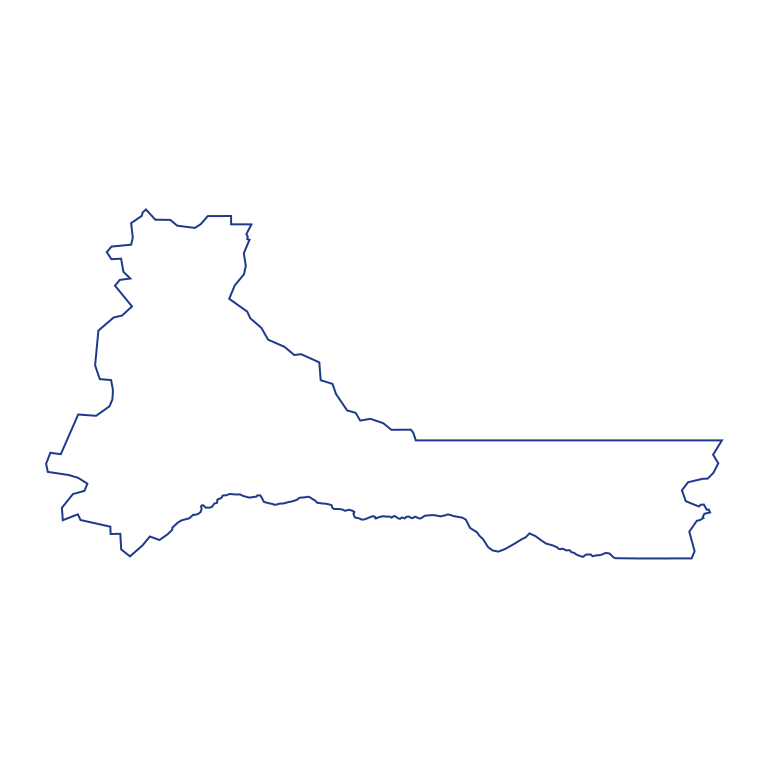 the district of Marion, Oregon, United States of America
{"feature_id": "52423323B47476867607178", "entity_name": "Marion", "entity_type": "district", "adm_level": 2, "iso_a3": "USA", "parent_name": "United States of America", "parent_adm1": "Oregon", "projection": "robinson", "projection_center": [-122.538, 44.984], "detail": "fine", "context": "isolated", "style": "outline", "palette": "blue", "viewbox_px": 768, "rotation_deg": 0, "n_neighbors": 0, "source": "geoboundaries", "source_scale": "gbopen_adm2", "svg_char_len": 3876}
<svg xmlns="http://www.w3.org/2000/svg" viewBox="0 0 768 768"><path d="M98.4,330.6L95.1,365.4L99.8,379.1L111.1,380.1L112.9,389.6L112.8,393.8L112.4,399.4L109.5,406.3L96.1,415.8L78.2,414.5L60.8,454.2L50.3,452.8L46.1,463.8L47.8,471.9L68.6,475.0L78.1,477.8L87.4,483.7L84.4,490.9L73.0,494.0L61.9,507.8L62.8,520.2L77.9,514.3L80.5,520.0L110.4,526.7L110.6,534.0L120.3,533.8L121.2,549.4L130.0,556.4L142.4,545.5L149.9,536.5L159.5,540.0L167.7,534.2L172.2,529.8L172.5,527.5L177.8,522.6L181.4,520.4L189.3,518.3L193.2,514.7L194.2,514.9L195.6,514.7L197.1,514.3L198.6,513.6L200.6,512.0L201.5,509.6L201.5,507.8L201.0,506.4L201.8,505.4L203.3,505.3L204.4,506.4L205.6,507.6L207.0,507.7L208.6,507.7L210.1,507.5L211.8,507.0L213.1,505.3L214.3,503.6L215.2,503.3L216.8,503.0L217.3,501.8L217.2,500.0L218.4,498.9L219.8,498.9L221.9,497.3L222.4,495.9L223.6,495.3L225.9,495.4L227.9,494.6L229.8,494.0L232.4,494.2L234.5,494.4L237.3,494.5L240.1,494.4L243.2,496.0L249.3,497.6L256.5,496.6L257.3,495.4L260.3,495.4L261.6,497.4L263.9,501.9L268.7,503.2L270.6,503.6L272.6,504.0L274.2,504.8L276.9,504.5L279.7,503.6L283.5,503.5L288.4,502.1L292.6,501.3L297.1,499.7L298.5,498.4L300.3,497.6L304.5,497.4L307.8,496.7L310.2,497.4L313.0,499.4L315.0,500.4L317.1,502.7L321.6,503.4L325.6,503.7L328.2,504.2L330.4,504.8L331.7,505.4L332.1,507.3L333.6,508.9L336.3,509.0L339.4,509.0L342.9,509.7L345.0,510.8L346.5,510.4L347.9,510.0L349.6,509.8L352.1,510.7L353.9,511.5L354.4,512.0L354.0,512.8L353.4,513.5L354.0,515.3L354.3,516.4L355.2,517.6L356.5,517.8L359.4,518.5L362.0,519.7L364.7,519.3L367.1,518.4L369.5,517.4L371.4,516.6L373.4,516.2L374.5,516.7L375.4,517.3L375.3,517.8L375.4,518.4L375.9,518.5L377.2,517.9L378.3,517.4L379.8,517.0L381.4,516.5L382.8,516.3L384.2,516.3L386.1,516.6L387.9,516.6L389.2,516.6L390.5,516.8L390.9,517.2L391.5,517.7L392.1,517.4L393.2,516.6L394.3,516.0L395.4,516.4L396.4,517.1L397.6,518.0L398.9,518.6L400.1,518.8L401.1,517.9L402.1,517.5L403.4,517.9L404.6,518.4L405.6,517.9L406.0,517.0L407.3,516.7L408.2,516.6L409.5,516.6L410.2,517.4L411.5,518.1L412.5,518.1L413.7,517.5L414.7,516.7L416.0,517.0L417.7,517.8L419.1,518.4L419.9,518.5L421.2,518.2L422.3,517.4L425.0,515.7L427.0,515.5L429.1,515.3L432.9,515.1L436.0,515.4L438.3,516.0L441.1,516.4L441.9,516.0L444.6,515.5L447.8,514.4L450.4,515.0L453.0,515.9L456.4,516.6L459.8,517.2L462.3,517.6L465.8,519.6L470.1,528.0L476.9,532.2L479.3,535.6L483.2,539.4L488.2,547.3L492.8,550.5L498.3,551.6L505.2,549.0L509.8,546.4L514.2,543.9L521.6,539.3L525.7,537.3L529.5,533.4L535.4,536.1L538.9,538.6L541.0,540.2L546.1,543.6L552.8,545.4L557.2,547.4L558.4,548.7L560.4,549.3L561.4,548.7L563.6,549.0L566.1,550.4L569.7,550.2L571.4,552.2L574.2,552.9L576.3,554.5L579.8,555.9L582.9,556.9L586.3,554.5L590.9,554.5L592.5,556.2L594.8,555.8L596.7,555.2L598.6,555.3L601.5,554.7L605.8,552.9L609.5,553.5L611.6,555.4L613.2,557.2L615.5,558.2L641.8,558.5L684.9,558.4L691.6,558.4L694.6,551.2L689.3,531.7L696.8,520.8L699.6,520.2L703.5,518.0L702.8,516.8L704.4,513.8L710.1,512.4L708.6,509.5L706.7,509.7L703.9,504.6L700.8,504.7L698.9,506.5L685.8,501.2L681.9,490.3L688.1,482.2L702.6,478.8L707.7,478.6L713.3,473.0L718.3,463.3L713.1,454.7L721.9,440.4L707.4,440.4L415.8,440.4L413.3,432.7L410.9,429.7L391.3,429.8L383.3,423.2L370.3,418.8L360.2,420.6L355.7,412.9L347.1,410.4L336.0,394.0L332.5,383.9L320.7,380.2L319.3,362.4L301.2,354.2L294.2,355.0L284.6,346.9L268.1,339.7L261.4,327.9L250.3,318.3L247.2,311.6L229.2,298.8L234.7,285.5L244.0,274.2L245.8,265.8L243.8,253.3L249.5,239.7L247.3,239.2L247.7,236.6L246.4,234.1L251.3,224.6L252.4,224.4L240.7,224.3L231.1,224.3L231.1,216.0L207.8,216.1L200.7,224.2L194.9,227.9L177.2,225.7L170.3,219.9L155.3,219.7L146.0,209.5L142.6,212.5L141.9,215.8L131.1,223.1L132.8,237.5L131.1,244.7L111.5,246.6L106.8,252.1L111.4,259.2L121.1,258.7L123.4,271.8L130.3,278.5L119.8,279.9L115.0,285.7L132.0,306.4L122.0,315.6L113.6,317.5L98.4,330.6Z" fill="none" stroke="#1e3a8a" stroke-width="2"/></svg>